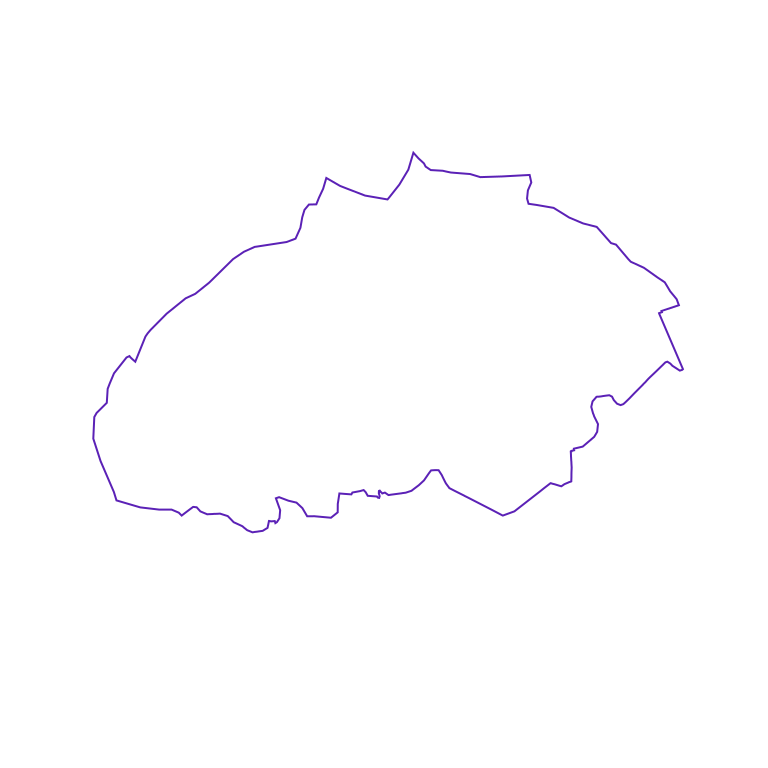 the district of Kereneik, Western Darfur, Sudan, rotated 48°
{"feature_id": "16777658B41209809376669", "entity_name": "Kereneik", "entity_type": "district", "adm_level": 2, "iso_a3": "SDN", "parent_name": "Sudan", "parent_adm1": "Western Darfur", "projection": "albers", "projection_center": [22.962, 13.294], "detail": "fine", "context": "isolated", "style": "outline", "palette": "violet", "viewbox_px": 768, "rotation_deg": 48, "n_neighbors": 0, "source": "geoboundaries", "source_scale": "gbopen_adm2", "svg_char_len": 4545}
<svg xmlns="http://www.w3.org/2000/svg" viewBox="0 0 768 768"><g transform="rotate(48 384 384)"><path d="M192.9,554.5L192.0,557.6L195.4,577.5L200.1,587.5L202.7,592.6L212.5,602.6L213.2,616.9L214.7,621.4L230.1,636.6L251.6,646.2L283.5,657.0L291.5,660.7L312.6,647.7L326.7,635.3L332.3,629.1L335.2,625.9L342.3,622.6L346.4,622.4L346.7,618.4L347.1,613.7L347.6,608.2L347.9,607.8L348.1,607.6L349.3,606.6L349.9,606.0L350.3,605.7L353.0,605.7L354.1,605.7L355.8,605.7L359.7,603.9L362.2,602.7L362.5,602.6L363.1,601.8L366.0,598.3L366.4,597.7L367.5,596.4L368.7,595.0L370.6,592.6L377.6,588.5L382.4,588.3L386.1,588.2L391.2,586.0L394.0,584.8L394.5,584.6L394.8,584.5L395.0,584.4L396.6,584.2L396.9,584.2L398.5,583.9L399.1,583.8L400.6,583.6L401.0,583.5L401.7,583.2L402.9,582.6L403.5,582.3L406.2,581.0L406.3,580.9L406.7,580.3L407.1,579.6L407.6,578.8L407.8,578.6L409.3,576.4L409.6,575.9L411.9,572.5L412.0,572.2L412.6,568.8L413.0,567.0L413.0,566.9L412.7,566.4L412.4,566.0L411.7,565.1L411.6,564.9L409.1,561.5L409.0,561.4L408.8,561.1L409.0,560.9L409.3,560.7L409.5,560.6L410.1,560.1L410.3,560.0L410.5,559.9L410.6,559.7L410.8,559.5L411.0,559.2L411.4,558.7L411.5,558.6L412.3,557.5L412.5,557.2L412.8,556.9L413.2,557.1L413.9,557.4L414.3,557.6L414.7,557.8L415.0,556.0L413.8,551.5L408.3,545.6L396.6,540.8L397.9,537.7L406.8,533.1L413.6,528.4L421.6,527.7L430.9,529.6L435.6,524.3L447.9,512.9L448.4,504.3L442.2,498.6L435.5,490.4L439.2,486.9L444.2,482.1L443.5,480.1L447.6,473.4L448.7,471.1L449.2,470.1L452.1,470.0L456.2,470.9L462.9,464.5L464.3,464.6L465.4,463.8L464.5,462.3L461.8,461.0L461.6,460.5L461.0,460.3L460.1,459.3L460.4,458.5L461.8,458.6L462.9,458.5L464.2,458.5L464.7,457.3L465.3,456.0L467.4,455.5L469.5,455.0L470.3,453.9L470.5,453.5L475.1,446.8L477.1,443.9L477.3,443.5L479.3,440.6L481.1,436.5L481.7,435.2L481.7,434.9L481.8,434.8L481.8,434.6L481.9,432.9L482.4,427.0L482.5,425.8L482.4,418.8L480.4,410.4L479.7,406.9L480.1,406.3L482.4,403.4L484.6,401.1L485.2,401.2L490.3,402.0L493.0,402.8L497.3,404.0L499.3,404.5L502.3,404.8L504.6,405.0L504.9,405.1L505.1,405.1L505.5,404.9L505.8,404.8L506.0,404.8L506.4,404.6L510.9,402.9L519.1,399.7L520.9,399.0L521.1,399.0L522.3,398.5L525.1,397.4L549.3,388.2L561.2,383.8L561.3,383.7L565.9,372.3L568.2,340.1L568.5,334.9L569.0,328.4L569.0,328.1L569.1,327.7L569.1,326.8L569.1,326.7L569.3,326.4L569.9,326.1L570.9,325.5L572.5,324.4L577.2,321.6L577.8,321.2L578.1,321.0L578.5,320.8L578.7,320.6L578.7,320.4L578.8,319.8L578.9,319.1L579.1,317.4L579.2,316.8L579.8,315.1L580.6,312.8L580.6,312.6L581.0,311.7L581.4,310.8L581.6,310.4L581.7,310.0L578.8,307.2L576.6,305.2L574.9,303.6L571.6,300.4L570.1,299.2L569.6,298.8L568.0,297.5L567.2,296.8L566.6,296.4L565.6,295.6L563.5,293.9L563.3,293.8L561.8,292.5L559.2,290.4L559.5,289.8L559.1,289.5L560.4,287.2L560.0,287.1L559.1,286.2L563.5,278.2L563.9,263.7L563.9,263.1L562.2,257.6L557.0,251.8L548.8,249.5L548.0,249.2L547.7,249.0L546.4,248.5L545.9,248.4L544.5,247.7L539.7,245.3L536.5,240.7L536.4,240.2L536.3,239.6L536.3,239.3L536.3,239.1L536.2,238.6L536.2,238.4L536.2,238.1L536.1,237.8L536.1,237.5L536.0,237.2L536.0,236.7L535.8,235.2L535.7,234.7L536.2,233.9L537.1,232.9L538.1,231.5L538.4,231.1L539.6,229.2L540.8,227.4L541.7,226.1L543.1,224.1L546.0,223.0L549.7,224.0L554.6,224.0L558.0,222.3L559.1,219.6L559.1,218.3L559.1,217.9L559.1,217.7L559.1,216.7L558.9,211.3L558.4,204.4L558.3,202.6L558.0,197.2L557.7,191.7L557.6,191.4L557.5,188.4L557.3,186.9L557.0,183.7L557.0,183.2L556.9,181.2L556.9,180.7L556.7,173.1L556.4,165.2L556.4,164.3L556.3,163.2L556.2,160.4L557.0,158.5L560.2,157.6L561.8,157.5L563.4,157.5L572.0,155.2L572.9,153.2L573.0,153.0L573.0,152.5L573.0,152.4L573.0,152.1L573.0,151.9L515.8,132.4L515.4,132.2L516.6,129.4L515.4,128.9L522.8,112.1L522.6,112.0L521.9,111.8L516.9,109.8L515.4,109.7L506.5,109.3L501.6,108.3L496.3,107.3L487.6,109.5L471.5,113.1L458.3,118.8L454.7,118.9L435.7,118.3L431.2,121.0L409.6,120.8L397.9,128.6L384.2,135.0L366.6,140.1L352.9,150.9L346.8,156.0L341.9,153.6L336.4,147.5L332.8,139.7L326.3,136.0L326.1,135.9L308.9,157.2L294.7,174.0L285.6,179.5L271.6,192.8L267.5,195.8L264.9,197.6L256.3,206.1L250.3,207.6L246.8,206.7L239.4,207.4L231.8,207.4L241.0,222.5L246.1,239.2L248.8,255.1L249.2,257.9L231.3,272.0L219.3,278.1L214.0,280.8L207.4,284.1L192.3,289.0L198.2,298.6L202.0,307.6L205.2,314.1L200.4,319.7L201.4,326.6L205.4,333.2L212.0,341.6L216.8,352.5L213.3,361.4L196.5,387.0L195.6,388.3L192.0,399.6L190.2,412.5L191.7,446.1L190.7,463.9L187.6,474.1L186.3,498.5L187.6,521.2L188.2,525.7L189.1,529.5L201.0,553.9L197.1,554.4L194.5,554.6L192.9,554.5Z" fill="none" stroke="#5b21b6" stroke-width="2"/></g></svg>